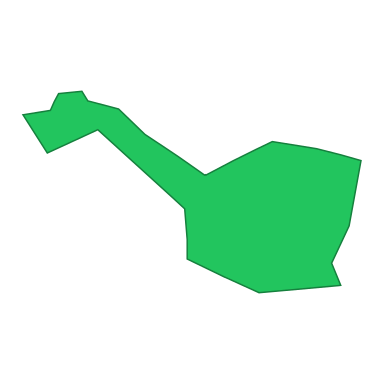 the district of Tedzhen Sovkhoz, Ahal, Turkmenistan
{"feature_id": "10190150B68029188897987", "entity_name": "Tedzhen Sovkhoz", "entity_type": "district", "adm_level": 2, "iso_a3": "TKM", "parent_name": "Turkmenistan", "parent_adm1": "Ahal", "projection": "robinson", "projection_center": [61.206, 37.17], "detail": "fine", "context": "isolated", "style": "filled", "palette": "green", "viewbox_px": 384, "rotation_deg": 0, "n_neighbors": 0, "source": "geoboundaries", "source_scale": "gbopen_adm2", "svg_char_len": 585}
<svg xmlns="http://www.w3.org/2000/svg" viewBox="0 0 384 384"><path d="M47.3,153.0L84.4,135.9L97.8,129.7L171.9,197.0L184.7,208.8L187.2,239.8L187.2,259.0L224.8,277.2L225.2,277.3L258.4,292.4L259.0,292.7L338.3,285.6L340.7,285.3L332.0,264.1L331.6,263.2L349.1,225.9L361.0,160.6L341.0,154.9L316.6,148.7L272.3,141.6L256.1,149.4L233.1,160.8L205.9,175.1L205.4,174.7L204.6,175.1L181.4,158.8L177.2,155.9L167.5,149.4L144.9,134.4L118.6,109.0L87.8,100.9L87.7,100.8L87.2,99.9L81.9,91.3L58.6,93.6L54.3,101.6L50.4,110.4L23.0,114.8L47.3,153.0Z" fill="#22c55e" stroke="#15803d" stroke-width="1.5"/></svg>